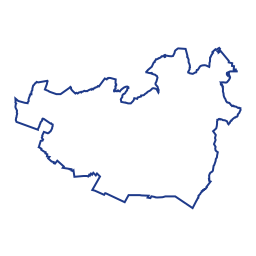 Quecholac, Puebla, Mexico (Albers equal-area conic projection)
{"feature_id": "50627088B94790065946513", "entity_name": "Quecholac", "entity_type": "district", "adm_level": 2, "iso_a3": "MEX", "parent_name": "Mexico", "parent_adm1": "Puebla", "projection": "albers", "projection_center": [-97.631, 18.95], "detail": "fine", "context": "isolated", "style": "outline", "palette": "blue", "viewbox_px": 256, "rotation_deg": 0, "n_neighbors": 0, "source": "geoboundaries", "source_scale": "gbopen_adm2", "svg_char_len": 5665}
<svg xmlns="http://www.w3.org/2000/svg" viewBox="0 0 256 256"><path d="M237.7,71.4L235.7,71.1L235.8,69.5L233.7,69.4L234.0,66.2L232.0,65.9L232.2,63.2L228.7,62.4L228.8,60.9L220.6,51.0L218.7,52.5L218.7,52.0L218.3,52.2L217.6,51.5L219.9,50.1L219.5,49.1L219.9,48.7L219.2,47.9L216.0,49.9L215.4,49.3L212.4,52.1L213.0,52.9L212.4,53.4L212.1,54.4L211.3,55.2L210.8,56.8L210.1,57.4L210.0,61.5L209.5,62.8L209.4,66.1L209.2,66.9L205.9,65.4L204.4,65.2L202.4,65.4L200.8,65.9L199.9,66.6L197.9,69.8L196.8,70.0L196.2,72.3L195.0,72.6L192.9,73.8L192.3,73.8L189.4,73.2L188.8,72.6L188.2,72.5L188.1,72.0L189.6,69.3L189.6,67.7L190.0,67.4L189.8,66.2L189.9,65.9L189.5,64.2L188.6,62.3L188.6,59.6L188.0,58.0L187.3,57.2L187.5,56.8L187.2,56.3L187.4,55.7L185.6,48.9L178.3,48.4L177.7,48.6L175.3,50.5L174.8,51.4L174.6,52.8L173.0,56.0L171.3,56.3L169.0,56.1L165.8,55.5L165.1,54.9L164.8,55.0L165.2,55.6L165.2,56.9L164.7,57.1L163.7,56.2L163.1,56.0L162.4,56.4L161.6,56.3L160.7,57.4L159.2,58.2L158.5,58.2L158.0,58.8L157.0,59.2L155.9,59.3L155.5,60.4L154.7,61.2L154.7,62.1L153.7,62.5L151.8,66.7L148.0,69.9L146.1,72.1L145.5,72.4L146.6,72.3L149.5,73.1L151.1,73.0L151.5,73.7L151.9,73.7L152.1,73.3L152.8,74.1L155.3,74.8L155.8,75.5L156.8,75.9L157.5,77.6L156.4,81.6L155.5,83.2L155.6,84.5L157.6,86.8L158.0,88.5L158.7,90.1L158.4,91.0L158.6,92.2L158.4,92.6L156.7,89.4L156.0,88.9L155.4,88.6L153.3,88.2L152.4,88.4L150.4,90.4L147.5,91.9L146.7,92.9L145.2,93.8L144.0,95.0L143.2,95.3L141.1,95.5L141.0,96.5L137.7,97.5L137.2,98.8L134.3,98.2L133.7,100.1L133.1,101.0L130.8,103.4L128.1,103.4L125.9,102.7L125.9,102.8L121.3,101.9L120.8,99.4L121.4,98.3L122.3,97.1L122.3,95.7L122.8,94.7L123.7,93.9L124.4,93.8L125.3,92.9L125.9,91.6L127.1,90.4L127.2,88.9L127.6,88.4L128.4,88.2L128.4,87.2L127.5,86.6L126.8,86.6L125.9,86.7L124.0,87.5L121.5,89.4L120.1,90.9L119.9,91.4L118.5,91.1L118.0,90.4L117.4,90.6L116.9,91.3L115.8,91.0L114.2,91.4L114.0,91.1L114.1,90.2L114.7,89.3L115.6,88.7L115.6,87.8L115.3,86.7L115.6,86.3L115.6,85.8L116.1,85.6L116.3,85.0L115.9,84.6L116.1,84.0L115.6,83.4L115.5,82.7L115.7,79.4L110.4,78.0L108.8,77.9L107.9,78.5L107.5,78.3L106.7,79.4L104.8,78.5L98.9,86.5L98.0,86.0L97.8,86.1L96.8,87.2L95.2,87.5L94.7,88.2L94.1,88.2L93.0,89.4L92.1,88.8L91.4,89.7L90.6,89.3L88.6,90.2L87.1,91.2L86.2,91.0L85.4,91.2L84.3,90.8L82.5,91.8L81.3,91.8L81.1,92.4L80.5,92.1L78.8,92.5L78.3,93.1L77.6,93.5L76.6,92.8L75.8,93.0L75.4,93.5L75.2,93.4L72.5,90.8L71.2,89.3L71.0,87.5L70.4,86.9L69.5,87.8L60.6,94.1L56.3,94.1L50.3,92.0L49.2,91.6L48.5,91.0L44.9,89.5L46.9,84.0L47.2,82.3L47.6,81.2L47.4,80.8L38.2,82.4L36.6,81.9L36.1,82.7L35.2,83.2L33.9,85.0L33.2,85.5L32.4,88.4L32.3,90.2L31.6,91.2L31.4,92.0L31.4,94.1L30.8,94.0L30.9,94.4L30.6,94.8L29.8,95.1L29.8,96.1L29.0,97.8L28.5,99.7L28.7,101.0L28.2,101.8L27.7,102.3L27.6,103.2L24.8,102.8L18.3,101.0L15.4,98.5L15.6,101.5L15.4,102.4L16.2,103.6L15.8,104.0L15.4,106.8L15.6,107.8L17.0,110.6L16.8,112.7L17.2,113.7L16.6,115.8L16.5,117.2L16.2,117.6L15.8,120.0L16.5,121.9L37.9,129.7L37.9,129.1L39.4,126.1L39.5,125.2L40.4,123.3L40.5,122.4L42.2,120.5L42.2,119.2L42.8,118.6L43.8,118.9L50.5,123.5L51.2,123.4L51.4,123.9L52.7,124.5L52.6,126.4L52.2,127.2L52.1,128.4L50.6,131.3L50.3,131.6L49.6,131.8L49.2,132.6L47.9,133.3L43.9,131.9L42.2,135.6L42.4,136.4L41.8,137.6L42.3,138.6L43.1,139.4L42.5,140.7L41.2,140.7L40.7,140.9L39.1,146.2L39.2,146.7L38.8,147.2L41.4,148.7L41.2,149.7L43.9,151.5L45.7,152.3L45.4,153.4L47.3,154.3L46.9,156.4L49.4,156.9L48.2,158.4L51.6,161.5L53.8,162.1L53.8,163.2L55.0,163.6L57.3,160.7L63.8,166.5L62.8,167.8L70.7,169.1L70.3,169.5L71.3,169.8L71.5,169.6L72.2,170.3L71.9,170.7L72.9,171.1L73.5,170.5L74.4,176.8L83.7,176.0L87.0,176.0L88.2,176.5L89.2,174.8L89.9,175.6L91.0,173.6L92.1,174.7L93.3,172.8L95.8,175.4L97.0,173.5L100.0,176.5L92.3,190.0L94.7,190.6L104.1,194.8L105.2,193.2L106.0,193.4L124.7,202.2L128.6,195.1L139.9,195.1L141.2,195.4L148.6,195.7L147.6,197.6L150.4,198.1L151.4,196.3L154.9,197.0L155.2,197.3L157.1,197.5L162.6,197.2L165.4,196.4L175.2,196.4L192.6,208.1L196.7,200.2L197.0,199.9L197.5,198.7L198.2,198.0L198.0,197.7L198.6,196.7L198.4,195.9L198.7,195.5L200.2,194.0L201.0,192.5L202.9,190.9L203.1,190.6L202.7,190.5L203.1,190.2L203.6,190.1L203.4,189.8L203.8,189.6L204.0,189.7L204.5,189.0L205.4,189.0L206.8,187.3L206.5,186.9L210.6,181.5L209.2,180.9L209.0,179.3L209.3,179.4L209.2,176.4L209.1,175.5L209.7,173.9L210.3,172.8L212.3,171.5L212.9,170.6L213.6,165.8L214.2,165.1L215.6,161.0L215.8,159.1L216.9,157.4L217.1,155.4L217.8,152.2L216.3,151.2L215.5,150.2L215.2,148.3L215.6,146.9L214.0,144.1L215.6,140.0L215.0,138.0L215.8,135.0L213.1,131.2L215.6,129.0L216.3,128.2L216.8,126.0L217.1,123.1L217.0,121.6L217.3,120.8L217.3,119.8L218.2,119.7L218.8,119.0L219.2,118.9L220.1,119.5L220.6,119.1L222.1,119.6L222.8,120.1L224.9,120.3L227.0,121.3L228.0,123.7L228.6,124.3L229.1,123.4L229.8,122.9L230.3,121.5L231.2,120.9L231.2,120.5L231.7,120.4L232.4,119.3L234.4,117.7L234.9,117.4L235.4,117.5L236.1,116.8L237.0,116.7L237.7,115.8L237.8,114.4L239.3,112.8L239.7,111.7L240.6,109.9L240.4,109.3L240.4,108.2L239.9,108.2L239.3,107.8L238.7,108.0L238.3,107.7L237.8,107.8L236.2,106.7L234.7,106.5L234.4,106.2L233.8,106.3L233.1,105.7L232.8,106.0L232.1,106.1L232.0,105.7L230.9,105.0L230.8,104.7L229.4,102.9L228.6,102.9L227.8,102.4L227.3,102.5L226.9,102.2L226.0,100.9L225.4,99.1L224.4,97.6L223.7,95.6L223.5,93.4L222.9,91.4L223.0,88.7L222.4,86.6L222.6,86.8L222.9,86.7L222.2,85.1L221.9,85.4L221.7,85.3L221.8,85.0L221.0,84.5L221.1,84.2L220.9,84.1L220.8,82.6L221.2,82.5L221.1,82.4L223.1,82.3L225.6,82.6L226.4,82.5L227.0,82.2L228.8,80.1L229.8,78.4L230.1,77.2L228.8,74.2L228.9,73.3L228.4,73.5L227.8,74.1L227.7,75.6L227.2,75.1L226.8,74.1L226.9,73.1L227.0,72.8L230.1,71.4L237.7,71.4Z" fill="none" stroke="#1e3a8a" stroke-width="2"/></svg>